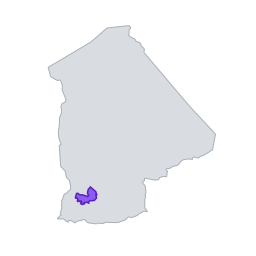 Algeria, with Biskra highlighted, rotated 188°
{"feature_id": "DZA-2211", "entity_name": "Biskra", "entity_type": "Province", "adm_level": 1, "iso_a3": "DZA", "parent_name": "Algeria", "parent_adm1": "", "projection": "equal_earth", "projection_center": [5.569, 34.431], "detail": "fine", "context": "in_parent", "style": "filled", "palette": "violet", "viewbox_px": 256, "rotation_deg": 188, "n_neighbors": 0, "source": "natural_earth", "source_scale": "10m", "svg_char_len": 5592}
<svg xmlns="http://www.w3.org/2000/svg" viewBox="0 0 256 256"><g transform="rotate(188 128 128)"><path d="M185.0,28.2L185.1,28.8L185.2,29.3L184.4,29.8L183.9,30.1L183.3,31.4L182.2,32.4L182.0,32.7L182.0,32.9L182.8,33.3L183.1,33.7L183.2,34.3L182.9,36.2L182.4,39.6L182.4,40.3L182.7,41.2L183.0,41.9L183.1,42.7L183.0,44.6L183.4,45.7L183.7,46.8L183.1,48.0L182.8,49.2L182.6,50.8L182.6,51.8L182.1,52.8L181.6,53.7L180.9,54.2L180.2,54.7L179.3,55.3L178.5,57.0L177.0,58.4L176.6,58.9L176.5,60.0L176.6,61.6L176.8,62.8L177.6,64.7L178.3,66.7L178.5,67.7L178.8,68.1L179.7,68.8L181.3,69.7L181.6,70.1L182.5,71.5L183.3,74.0L183.5,75.7L186.4,78.2L189.2,80.5L189.4,80.8L191.0,88.5L191.6,91.3L193.6,101.2L192.8,101.7L191.9,102.5L192.6,103.8L193.9,106.0L194.8,107.8L195.0,108.6L195.7,110.8L196.2,112.9L196.3,113.6L196.5,115.3L196.4,119.8L196.8,125.6L197.3,128.5L196.6,131.1L196.0,133.6L196.1,134.9L196.4,136.9L196.8,138.3L197.3,139.1L197.2,141.5L197.1,142.4L195.6,143.7L194.0,144.9L193.5,145.9L193.4,147.0L193.6,147.9L198.4,156.3L198.6,157.1L198.7,159.5L199.5,162.5L200.4,163.8L200.7,164.7L201.3,165.4L201.9,165.9L202.3,166.0L204.4,165.2L208.0,166.5L211.4,167.9L211.7,168.2L213.7,172.7L215.5,177.0L177.3,207.5L173.0,212.2L163.1,223.7L162.3,224.2L149.1,227.6L142.2,229.3L141.9,229.4L141.5,229.4L141.2,229.4L140.7,229.1L140.0,228.4L139.5,228.1L139.4,227.5L139.6,226.8L140.0,226.2L140.1,225.7L140.4,225.3L140.7,224.9L140.7,224.5L140.4,223.8L140.2,222.8L140.2,220.9L140.3,220.1L139.6,219.4L138.4,218.6L137.3,218.2L136.8,218.0L135.6,217.7L134.0,217.2L133.4,216.9L132.3,215.2L131.8,214.8L129.3,214.5L128.4,214.2L127.7,213.8L127.2,213.3L126.8,212.3L126.7,211.6L126.5,211.2L123.8,209.4L123.1,208.7L122.7,208.2L122.7,207.3L122.8,206.3L122.7,205.3L122.6,204.9L74.8,162.3L72.3,160.1L66.5,155.2L40.5,134.1L41.2,119.1L41.2,118.4L41.4,118.0L42.3,117.5L43.7,116.2L44.2,115.7L44.8,115.1L47.2,113.4L47.6,112.9L49.9,111.0L50.4,110.7L51.6,110.5L52.1,110.1L52.8,109.4L53.8,108.5L54.4,108.1L54.6,108.0L55.0,107.9L56.9,108.2L57.8,108.4L58.8,108.5L59.1,108.4L59.4,108.1L59.8,107.5L59.9,106.8L59.9,106.1L60.0,105.9L60.2,105.7L60.6,105.8L61.2,105.9L62.4,105.8L62.8,105.8L64.2,105.6L66.1,105.2L68.8,104.2L70.2,103.1L71.2,101.9L72.2,100.1L73.1,98.6L74.7,97.6L76.0,97.0L76.8,96.8L78.5,96.0L81.4,93.6L83.8,93.3L84.1,93.0L84.4,92.6L84.5,91.9L84.1,91.4L83.6,91.2L83.3,90.9L82.9,90.8L82.8,90.5L82.9,89.8L83.0,89.2L83.2,88.7L83.2,87.8L82.9,87.0L82.8,86.4L82.8,85.8L83.0,85.3L83.5,85.0L84.1,84.9L84.8,85.1L86.2,84.9L89.8,83.4L90.0,83.0L90.3,82.0L90.5,81.2L90.9,80.9L91.1,80.8L93.9,80.2L94.6,80.2L99.8,80.5L104.2,80.6L104.6,80.4L104.7,79.8L104.4,78.6L104.6,77.9L105.2,77.2L106.1,76.5L105.7,75.6L105.1,74.9L104.2,74.2L103.8,73.9L103.0,73.0L102.5,72.0L102.2,69.9L101.7,68.7L101.3,67.2L101.7,64.5L101.2,62.8L101.1,62.1L101.1,61.3L101.4,59.9L101.3,57.9L100.7,55.8L101.0,55.1L101.2,54.7L101.1,54.4L100.5,53.7L100.3,53.2L100.4,52.7L100.8,51.9L100.8,51.6L99.8,50.7L98.1,49.3L97.6,48.6L97.4,47.8L99.1,48.0L99.9,47.9L101.9,47.0L103.5,45.7L104.7,45.0L105.8,43.6L106.8,42.7L108.2,41.8L112.2,39.7L112.8,39.7L114.1,40.1L115.3,40.0L116.0,39.3L116.9,37.5L118.2,36.5L119.9,35.4L122.2,34.4L123.6,33.5L126.0,32.7L131.8,32.1L134.7,31.7L136.7,31.8L138.8,30.3L139.8,29.8L144.2,29.7L146.3,28.6L154.2,28.6L155.2,29.0L156.1,29.6L157.7,31.0L158.5,31.3L159.6,31.0L162.0,29.7L164.7,29.0L166.2,28.2L166.8,27.0L168.1,26.6L168.8,27.5L171.7,28.4L173.4,28.1L174.2,27.9L173.9,26.6L175.7,26.9L177.1,27.5L178.6,28.8L179.6,29.1L181.3,28.5L185.0,28.2Z" fill="#d9dde1" stroke="#a8b0b8" stroke-width="1"/><path d="M154.7,50.9L155.6,50.7L155.8,50.6L156.1,50.3L156.3,50.0L156.4,49.8L156.5,49.6L156.4,48.1L156.7,48.1L157.3,48.4L157.6,48.6L158.0,48.7L158.3,48.8L158.6,48.7L158.8,48.6L159.0,48.5L159.2,48.4L159.4,48.3L160.3,48.3L160.5,48.2L160.8,48.0L161.0,48.0L161.1,47.9L161.1,47.7L161.0,47.4L160.7,47.1L160.6,46.9L161.2,46.7L161.9,46.2L162.3,46.0L162.8,45.8L163.0,45.9L163.2,46.2L163.9,46.5L164.1,46.5L164.3,46.5L164.2,46.8L163.8,47.2L163.7,47.3L163.8,47.8L163.8,48.0L163.7,48.3L163.7,48.5L163.8,48.6L164.0,48.8L164.2,49.1L164.3,49.1L164.5,49.0L164.6,48.6L164.7,48.4L164.8,48.3L165.0,48.4L165.1,48.5L165.2,48.8L165.3,48.9L165.3,49.0L165.6,49.0L165.8,48.9L166.0,49.0L166.0,48.9L166.1,48.7L166.4,48.5L166.5,48.4L166.9,48.4L167.3,48.3L167.5,48.2L167.7,48.3L167.9,48.5L168.0,48.6L168.0,48.8L167.9,49.0L167.9,49.3L167.9,49.8L167.8,50.3L167.8,50.5L167.9,50.8L168.1,51.0L168.3,51.3L168.5,51.4L168.7,51.5L168.8,51.5L169.0,51.4L169.3,51.3L169.7,51.2L169.8,51.2L170.0,51.2L170.1,51.3L170.3,51.7L170.4,51.9L170.4,52.1L170.3,52.5L170.3,52.9L170.3,53.2L170.1,53.9L170.0,54.4L170.0,54.5L169.9,54.6L170.0,55.3L169.9,55.7L169.7,56.0L169.4,56.2L169.1,56.3L168.8,56.3L168.6,56.3L168.4,56.3L168.1,56.2L167.9,56.0L167.8,55.9L167.3,55.5L166.0,55.1L165.8,55.1L164.3,55.5L160.0,54.9L159.2,54.6L158.7,54.4L158.5,54.6L158.6,54.8L158.5,55.0L158.3,55.1L158.0,55.2L157.9,55.3L157.7,55.5L157.6,55.8L157.6,56.0L158.3,56.6L158.6,57.0L158.8,57.4L158.9,57.6L159.0,58.0L159.1,58.4L159.1,58.6L159.1,59.1L158.8,61.4L158.8,61.7L158.7,61.9L158.3,62.3L157.9,62.9L157.1,64.4L151.2,60.6L150.9,60.2L150.7,60.0L150.7,59.9L150.6,59.6L150.4,58.5L150.4,58.4L150.3,58.2L150.0,58.2L149.8,58.1L149.7,58.0L149.6,57.9L149.7,57.6L149.7,57.3L150.3,57.2L150.5,57.1L150.5,56.9L150.4,56.8L150.3,56.7L150.2,56.5L150.1,56.2L149.9,55.9L149.8,55.7L149.6,54.7L149.5,54.4L149.5,54.1L149.9,53.7L150.0,53.5L150.1,53.2L150.8,52.3L150.9,52.1L151.2,51.7L151.3,51.5L151.5,51.4L151.8,51.4L152.0,51.4L152.3,51.4L152.6,51.3L153.0,51.2L153.7,51.0L153.8,50.9L154.0,51.0L154.4,50.9L154.5,50.9L154.7,50.9Z" fill="#8b5cf6" stroke="#5b21b6" stroke-width="1.5"/></g></svg>